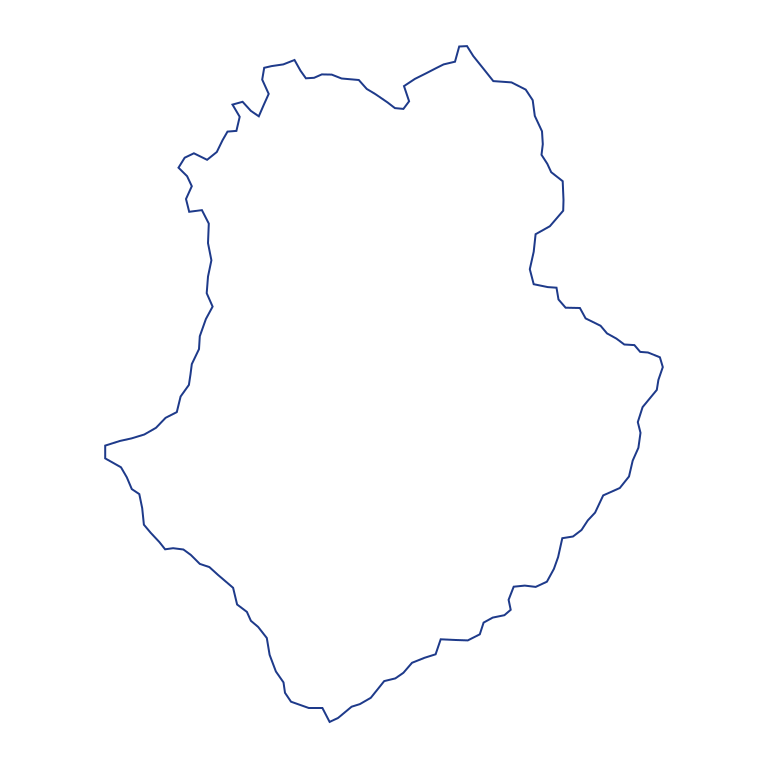 Porangaba, São Paulo, Brazil
{"feature_id": "56859067B5934992032080", "entity_name": "Porangaba", "entity_type": "district", "adm_level": 2, "iso_a3": "BRA", "parent_name": "Brazil", "parent_adm1": "São Paulo", "projection": "equal_earth", "projection_center": [-48.121, -23.176], "detail": "fine", "context": "isolated", "style": "outline", "palette": "blue", "viewbox_px": 768, "rotation_deg": 0, "n_neighbors": 0, "source": "geoboundaries", "source_scale": "gbopen_adm2", "svg_char_len": 2163}
<svg xmlns="http://www.w3.org/2000/svg" viewBox="0 0 768 768"><path d="M105.2,458.4L121.0,467.3L126.8,477.3L131.8,489.1L139.3,494.1L142.2,508.2L143.9,524.7L150.7,532.8L159.4,542.1L165.1,549.3L173.1,548.2L183.4,549.5L190.9,555.0L199.8,563.9L209.4,567.1L218.1,575.0L233.1,587.8L237.1,604.5L246.9,611.9L250.9,620.8L258.1,626.9L266.8,638.0L269.6,654.8L275.9,671.5L283.5,682.4L285.0,692.8L291.0,701.7L308.8,708.0L322.4,708.0L329.6,721.9L338.0,718.0L351.6,706.7L359.9,704.1L370.8,697.8L384.2,681.1L395.3,678.4L403.4,672.8L412.0,662.8L424.5,657.8L435.6,654.3L440.7,639.3L455.8,640.0L467.8,640.4L479.8,634.3L483.6,622.6L492.7,617.6L504.4,615.2L510.7,609.8L508.6,599.8L513.7,586.7L524.8,585.6L535.7,586.9L546.9,581.7L553.9,568.9L558.1,557.1L562.3,538.2L573.0,536.5L581.5,530.0L587.8,520.4L595.1,512.6L603.2,495.4L619.8,488.0L629.0,476.5L632.7,460.6L638.4,447.8L640.5,432.8L637.8,422.1L642.6,407.1L656.8,389.9L658.4,379.9L662.8,367.1L659.9,357.3L648.0,352.5L640.2,351.9L634.4,345.1L624.3,344.5L616.4,338.6L607.0,333.4L600.6,325.8L585.6,318.4L579.9,308.0L565.6,307.7L558.5,299.5L556.5,287.7L547.8,287.1L533.7,284.2L529.8,269.2L533.7,251.8L535.6,234.2L549.9,226.2L563.2,210.7L563.5,200.1L562.7,181.2L551.2,172.2L547.3,163.8L541.5,154.8L542.8,144.2L542.0,131.3L534.8,115.9L532.7,100.2L525.7,89.6L511.5,82.4L493.3,81.1L482.7,67.8L473.3,56.1L467.0,46.1L459.2,46.5L455.0,61.7L443.6,64.4L435.8,68.3L426.1,73.3L414.9,78.9L404.0,86.1L409.1,101.3L403.4,108.9L394.9,108.1L387.5,102.4L375.5,94.2L366.7,88.9L358.8,80.0L341.6,78.5L331.7,74.6L321.8,74.4L314.1,77.8L305.9,78.3L300.5,70.7L294.5,60.0L283.3,64.4L271.6,66.1L264.2,67.8L262.2,79.6L268.7,93.9L263.7,105.0L258.8,116.3L250.9,110.9L242.6,101.8L232.5,104.6L239.7,116.8L236.4,130.9L227.5,131.6L222.5,140.3L216.8,152.0L207.1,159.8L193.9,153.3L184.7,157.7L178.5,167.7L187.1,176.2L191.8,186.2L186.0,199.0L189.2,211.8L201.9,210.1L208.8,223.6L208.0,243.1L211.4,260.3L208.0,276.6L206.7,293.2L212.6,306.6L205.9,319.0L199.8,336.2L199.0,349.1L191.8,364.1L190.5,374.3L188.9,384.9L180.6,396.5L176.8,412.1L165.6,417.8L156.0,427.8L144.3,434.5L131.5,438.4L119.7,441.0L105.2,445.6L105.2,458.4Z" fill="none" stroke="#1e3a8a" stroke-width="2"/></svg>